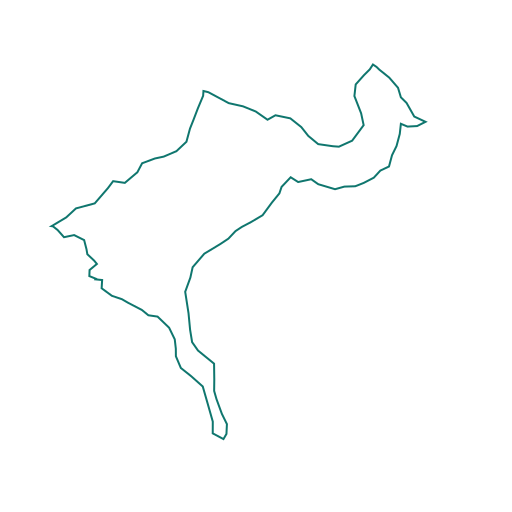 outline of Armou, Paphos, Cyprus, rotated 348°
{"feature_id": "46923920B18144204603704", "entity_name": "Armou", "entity_type": "district", "adm_level": 2, "iso_a3": "CYP", "parent_name": "Cyprus", "parent_adm1": "Paphos", "projection": "equal_earth", "projection_center": [32.488, 34.792], "detail": "fine", "context": "isolated", "style": "outline", "palette": "teal", "viewbox_px": 512, "rotation_deg": 348, "n_neighbors": 0, "source": "geoboundaries", "source_scale": "gbopen_adm2", "svg_char_len": 1592}
<svg xmlns="http://www.w3.org/2000/svg" viewBox="0 0 512 512"><g transform="rotate(348 256 256)"><path d="M94.2,245.5L100.5,247.5L98.3,255.5L106.8,265.0L115.9,270.4L121.2,275.2L133.2,285.1L138.4,291.6L147.1,294.8L156.1,308.1L159.2,320.6L158.3,330.0L156.8,337.4L159.2,349.9L167.6,360.1L176.8,372.6L178.0,389.8L179.3,409.0L176.8,420.5L186.1,428.3L190.1,423.9L192.6,414.4L189.8,403.3L187.6,387.8L187.0,379.3L189.5,368.2L192.6,352.6L179.6,336.4L175.6,327.0L176.2,314.5L178.1,297.9L179.3,276.3L187.3,263.5L191.7,253.8L205.9,243.0L223.5,236.9L232.6,233.3L241.1,227.4L248.2,224.6L258.1,221.8L270.9,217.5L282.6,207.1L291.9,199.6L295.4,193.7L306.3,186.2L312.6,192.4L326.0,192.4L331.8,198.7L347.2,207.1L356.9,206.5L367.5,208.4L369.6,208.1L376.6,206.9L387.5,203.9L395.4,198.3L404.7,196.1L410.0,185.7L416.3,177.7L422.0,166.5L425.2,156.8L431.1,160.9L440.6,162.4L449.7,160.0L439.8,152.5L435.1,137.6L430.7,130.9L429.9,121.0L423.4,109.2L415.4,99.4L413.2,96.1L410.2,93.0L406.1,97.1L399.3,101.5L389.2,108.9L385.5,120.0L388.5,138.3L388.5,150.4L374.0,163.2L359.8,166.3L354.0,164.6L340.1,159.5L332.1,149.4L327.1,139.3L318.2,128.5L304.3,122.4L295.6,125.1L285.8,114.6L274.4,106.9L261.1,100.8L243.5,85.9L238.9,83.7L237.6,88.3L229.9,99.4L223.1,109.9L217.9,117.7L211.7,129.8L200.0,136.9L186.4,139.6L177.4,139.6L163.9,141.6L157.4,149.4L142.9,157.2L131.8,153.1L125.3,158.8L109.2,171.0L89.8,172.0L78.4,178.8L62.3,184.3L63.6,184.8L67.4,189.4L72.1,197.7L82.4,197.7L91.2,204.7L91.6,214.2L91.4,219.2L96.8,227.0L98.7,230.7L90.3,235.1L88.8,241.0L94.7,245.0L94.2,245.5Z" fill="none" stroke="#0f766e" stroke-width="2"/></g></svg>